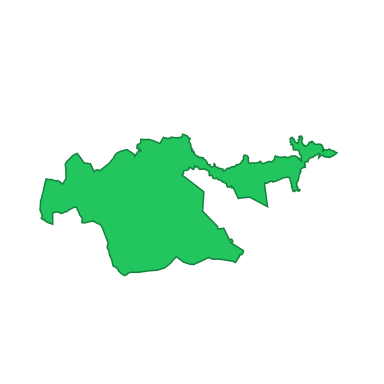 Timilpan, México, Mexico (orthographic projection), rotated 66°
{"feature_id": "50627088B71429046090456", "entity_name": "Timilpan", "entity_type": "district", "adm_level": 2, "iso_a3": "MEX", "parent_name": "Mexico", "parent_adm1": "México", "projection": "orthographic", "projection_center": [-99.714, 19.922], "detail": "fine", "context": "isolated", "style": "filled", "palette": "green", "viewbox_px": 384, "rotation_deg": 66, "n_neighbors": 0, "source": "geoboundaries", "source_scale": "gbopen_adm2", "svg_char_len": 5995}
<svg xmlns="http://www.w3.org/2000/svg" viewBox="0 0 384 384"><g transform="rotate(66 192 192)"><path d="M110.0,281.2L109.9,283.5L110.4,287.1L111.0,287.7L112.9,293.3L114.4,295.8L115.2,296.6L119.4,297.8L128.3,301.4L132.3,307.2L128.6,308.6L126.7,310.5L127.0,311.4L123.0,315.8L123.0,316.8L120.7,319.9L122.7,321.1L122.5,321.4L122.8,321.7L132.4,328.7L134.8,330.8L136.2,331.6L138.0,333.6L146.6,338.1L152.9,338.4L154.8,340.4L157.2,338.8L157.3,338.5L157.0,337.8L158.7,337.9L161.4,336.1L164.8,332.3L154.4,327.8L155.0,324.1L156.5,321.9L157.1,321.6L157.6,320.3L158.5,320.2L158.7,319.9L158.5,317.3L158.9,314.0L158.2,310.6L158.0,305.4L159.1,304.0L159.7,303.5L162.3,304.0L163.4,303.6L167.4,303.9L169.4,303.4L169.3,303.1L169.7,303.0L170.7,302.9L171.9,303.1L174.5,304.8L175.5,304.9L175.5,304.4L176.5,302.8L177.0,300.7L177.4,297.8L178.2,295.3L178.2,293.8L178.7,294.0L184.6,289.1L186.1,288.7L188.0,288.5L204.8,289.3L207.0,291.4L208.6,292.1L209.7,292.2L211.9,291.7L214.4,292.6L216.7,293.0L221.1,292.9L227.0,294.1L228.1,293.9L229.0,292.8L231.4,291.5L232.6,291.1L234.3,291.2L237.4,289.9L239.8,288.5L240.9,287.6L241.0,284.9L240.2,283.2L240.4,280.6L243.4,274.2L246.8,262.4L249.4,255.4L250.2,247.6L248.3,240.5L246.7,237.4L244.8,232.6L252.8,228.1L257.3,223.0L259.1,219.5L258.8,218.0L259.0,214.1L258.6,203.5L261.2,201.1L262.6,199.0L263.5,196.0L266.7,190.8L271.3,183.8L272.3,182.4L274.1,181.1L270.1,174.8L268.7,173.9L268.7,173.4L269.3,172.8L269.4,171.8L268.9,170.9L267.3,169.2L266.5,168.9L254.0,177.2L254.0,174.8L251.2,174.9L251.2,177.2L238.0,177.7L236.6,182.9L233.3,182.9L213.8,190.1L196.7,181.1L172.3,194.2L171.7,192.2L170.0,191.6L169.5,191.0L169.3,190.0L170.2,188.0L169.9,185.8L169.8,185.3L168.3,184.4L169.1,183.4L171.7,181.9L172.0,181.4L169.6,178.5L170.9,178.1L171.1,176.8L171.5,176.3L172.6,176.5L173.0,176.1L174.4,175.9L175.4,173.2L175.5,171.7L176.3,171.3L176.5,170.7L177.1,170.6L177.4,169.7L180.0,168.3L182.1,168.6L183.5,169.5L184.3,169.3L184.4,167.5L185.4,167.1L187.3,167.3L188.1,166.9L189.3,165.7L189.2,163.6L190.5,163.5L191.3,163.1L192.1,162.3L192.9,160.7L194.7,160.5L196.9,158.3L198.4,157.3L200.7,157.7L202.1,157.3L202.8,155.5L202.4,154.5L202.5,153.7L203.6,153.6L204.3,154.3L204.9,153.2L204.5,152.5L216.8,152.4L217.8,148.4L220.2,141.4L236.1,129.0L213.3,122.2L214.3,120.3L214.6,119.0L214.0,118.2L214.5,115.1L214.8,114.2L215.7,114.1L216.2,111.6L216.4,101.8L217.6,98.1L218.8,97.3L219.9,97.2L224.1,97.9L225.4,97.9L227.7,98.9L232.5,99.3L232.8,98.0L233.1,97.8L232.7,97.6L232.9,96.1L233.3,95.4L234.5,94.5L234.7,93.0L233.8,92.7L233.8,93.3L232.2,93.5L230.6,94.1L229.7,93.4L228.6,93.7L226.9,92.9L226.1,92.9L224.9,90.4L219.6,87.0L219.0,85.6L218.1,85.0L217.7,84.2L215.6,83.9L215.1,82.7L214.9,79.5L215.6,78.7L216.2,78.6L213.7,78.1L212.9,77.3L211.7,77.5L210.8,77.1L210.6,75.9L211.5,73.9L211.3,73.7L211.0,74.1L210.8,73.9L210.1,72.5L209.3,71.8L209.0,70.0L209.4,66.6L208.8,65.4L208.7,63.7L208.9,62.7L208.5,61.2L208.8,59.9L209.1,59.7L211.0,61.5L212.3,62.3L211.0,58.5L211.7,57.5L213.3,57.2L213.7,55.8L214.9,55.2L214.6,54.8L214.8,54.1L216.1,53.0L216.5,51.1L216.2,50.1L216.4,48.2L216.2,47.3L215.8,46.8L215.7,45.3L215.1,43.6L213.3,45.4L212.3,45.4L211.5,47.0L210.4,47.7L209.9,48.5L208.5,49.1L208.8,51.7L208.2,52.2L207.2,53.7L208.3,55.8L206.8,55.9L205.8,54.3L202.2,54.2L201.5,54.5L201.4,55.0L200.9,55.0L200.1,56.0L198.7,59.9L197.6,60.6L195.4,61.1L194.6,61.7L194.4,62.4L194.9,62.8L194.5,62.8L194.5,65.0L195.8,66.6L196.4,68.2L196.0,70.7L195.6,70.9L195.0,70.4L193.9,71.2L192.6,71.3L190.0,71.1L188.1,69.2L186.4,69.3L185.8,70.1L185.5,69.5L185.1,69.9L184.9,71.7L185.9,72.1L187.2,72.1L187.8,73.3L187.7,73.8L189.1,74.2L190.3,75.2L190.3,75.9L188.6,77.1L186.3,77.6L185.6,77.3L184.3,77.6L184.1,77.9L182.8,78.2L182.7,79.2L183.3,80.8L185.2,81.2L186.6,82.1L187.6,81.6L188.5,81.6L188.9,82.4L189.8,81.0L193.4,81.7L194.3,82.3L195.5,81.1L196.3,78.6L197.1,77.6L201.9,78.2L203.2,77.4L204.4,77.9L205.1,77.9L205.3,78.5L206.5,79.1L208.2,79.1L208.6,79.4L207.7,79.9L207.0,79.8L206.6,80.3L206.0,80.1L205.1,80.7L204.5,80.5L203.3,81.6L202.2,82.0L200.7,83.5L200.8,84.0L199.9,85.5L199.6,86.9L199.8,89.9L198.8,91.8L198.0,92.1L197.7,92.6L197.8,93.1L196.7,95.4L196.9,96.2L196.0,97.3L195.4,98.6L194.1,99.7L193.9,100.9L193.0,101.2L194.3,102.6L195.6,103.3L197.0,106.6L196.6,107.5L195.6,108.6L195.3,109.6L195.1,115.2L193.9,116.6L193.2,117.0L192.2,116.7L191.7,117.1L191.6,117.6L192.2,120.0L191.6,121.1L191.6,121.9L190.1,124.6L189.3,127.3L188.4,128.3L184.9,127.4L184.2,126.5L182.9,126.7L182.2,126.5L180.7,127.3L179.6,128.9L179.6,129.5L181.1,130.9L183.0,131.5L183.5,131.9L183.5,132.8L185.0,134.8L186.1,137.9L185.2,139.6L185.4,141.4L186.1,142.7L186.2,143.6L185.5,144.1L185.2,145.8L185.3,147.6L185.9,148.3L184.6,149.8L185.1,151.0L185.2,152.4L186.1,153.5L185.9,154.8L185.1,155.2L183.8,154.4L183.6,155.0L182.0,156.2L181.7,157.9L179.9,158.4L179.7,159.2L178.7,160.1L177.7,160.3L176.3,159.8L175.1,160.0L175.3,160.5L177.2,161.1L177.4,161.5L177.2,164.0L176.8,164.5L175.6,164.8L174.5,164.3L173.5,166.4L172.9,166.8L172.1,166.1L171.4,166.1L168.7,166.5L166.1,168.2L165.2,167.9L163.8,170.3L164.0,171.1L161.9,171.8L160.9,173.3L159.1,173.8L158.4,174.3L157.7,174.4L156.4,173.7L155.9,174.4L154.9,174.8L154.7,175.1L155.1,175.2L154.7,175.5L154.3,175.4L154.3,174.6L153.8,174.2L152.8,175.2L151.8,174.3L150.8,174.8L149.5,174.3L149.2,174.5L148.0,173.7L144.8,174.1L143.7,173.4L142.4,171.9L141.1,173.1L138.8,173.6L135.5,176.8L135.4,177.1L136.6,177.8L137.3,178.8L137.6,179.7L136.1,184.6L133.7,188.1L133.4,189.7L133.7,190.8L133.5,192.2L131.6,194.3L131.4,195.5L130.5,195.8L134.6,201.7L129.6,206.2L126.3,210.2L125.8,210.9L125.8,211.9L123.1,217.3L126.4,219.0L126.6,220.5L126.4,221.9L126.8,222.9L127.6,223.6L128.4,223.0L129.4,224.6L130.1,224.3L131.1,222.6L133.5,221.6L133.8,222.0L132.4,223.6L136.0,229.8L135.1,229.5L133.4,229.9L126.8,234.2L126.1,238.2L125.7,243.3L126.0,244.9L126.9,247.3L129.6,250.6L130.5,253.1L131.9,255.2L135.1,267.9L133.5,268.8L133.0,270.0L133.0,271.0L133.7,273.2L125.0,273.3L123.0,276.3L121.7,278.8L114.4,280.1L110.0,281.2Z" fill="#22c55e" stroke="#15803d" stroke-width="1.5"/></g></svg>